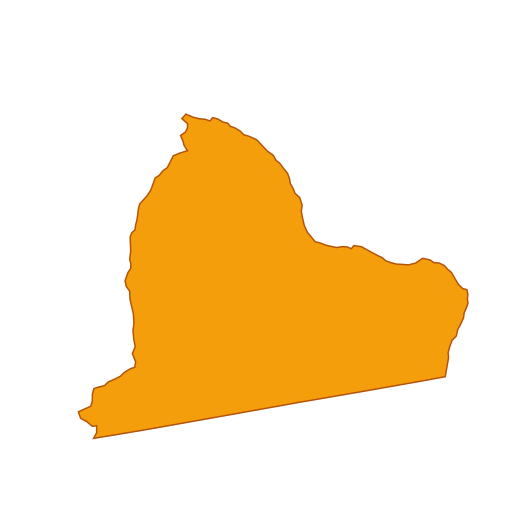 Cidade Ocidental, Goiás, Brazil (Mercator projection), rotated 170°
{"feature_id": "56859067B79829486223890", "entity_name": "Cidade Ocidental", "entity_type": "district", "adm_level": 2, "iso_a3": "BRA", "parent_name": "Brazil", "parent_adm1": "Goiás", "projection": "mercator", "projection_center": [-47.82, -16.154], "detail": "fine", "context": "isolated", "style": "filled", "palette": "amber", "viewbox_px": 512, "rotation_deg": 170, "n_neighbors": 0, "source": "geoboundaries", "source_scale": "gbopen_adm2", "svg_char_len": 1982}
<svg xmlns="http://www.w3.org/2000/svg" viewBox="0 0 512 512"><g transform="rotate(170 256 256)"><path d="M447.6,104.6L396.2,104.1L371.3,104.1L363.2,104.1L265.6,104.3L254.9,104.3L241.5,104.4L223.9,104.3L161.8,104.1L153.0,104.1L129.6,104.1L117.0,104.1L111.7,104.1L90.6,104.3L84.0,122.5L83.6,127.5L80.6,133.7L77.6,138.8L72.5,142.6L70.2,148.4L66.4,153.2L62.4,159.0L60.8,164.0L57.7,168.6L55.4,172.7L55.3,176.9L54.0,181.4L54.2,186.2L58.2,188.1L61.6,192.9L64.4,200.3L66.4,205.9L69.6,209.7L72.1,213.8L76.9,217.3L82.0,218.6L85.4,222.0L92.3,224.8L100.1,221.3L107.5,220.8L113.7,222.4L119.0,223.6L123.7,225.7L128.9,228.6L132.1,232.5L135.5,234.9L138.8,237.4L146.8,243.8L150.5,246.8L157.8,249.3L160.9,246.6L164.6,249.1L169.1,250.2L175.4,250.4L181.0,252.7L185.4,254.6L191.1,258.0L195.3,259.8L198.5,265.6L201.3,270.4L203.2,277.9L203.6,286.5L203.6,292.3L201.7,298.0L202.8,305.9L206.7,311.0L207.6,315.7L209.6,321.3L209.6,326.1L210.5,331.7L213.3,336.8L216.6,343.4L219.6,346.6L221.5,352.2L226.6,357.3L230.5,363.3L235.2,370.4L242.2,375.2L247.0,377.5L249.9,381.8L254.8,386.0L258.7,388.1L260.9,391.8L265.6,393.8L269.4,397.3L274.6,399.8L277.9,397.0L282.6,399.6L288.1,401.0L294.2,403.8L300.4,407.9L305.2,404.2L300.4,398.2L301.3,393.9L303.9,390.4L309.4,387.7L308.1,382.6L307.6,377.4L305.2,371.6L313.7,370.5L320.0,369.1L325.2,362.2L327.9,358.5L333.0,356.0L337.3,352.2L341.8,350.3L347.9,339.5L352.8,334.2L361.2,327.7L363.2,324.1L365.2,317.7L367.1,311.9L368.9,308.1L370.7,302.7L374.2,300.5L376.6,296.8L378.6,282.3L381.0,274.7L380.6,270.2L381.5,265.6L385.0,261.9L389.2,254.4L389.1,248.9L386.5,243.1L387.6,235.5L386.8,220.2L387.8,211.4L390.1,203.7L390.8,195.8L390.7,187.6L394.7,181.4L392.9,172.8L394.7,167.5L398.9,166.9L403.0,165.4L406.8,163.7L410.2,161.2L416.1,159.4L423.4,157.6L427.8,154.6L433.9,154.3L438.7,153.5L441.1,148.4L442.4,141.6L444.9,136.7L450.6,135.3L458.0,133.4L456.9,126.6L451.5,122.3L446.7,116.7L442.4,116.5L443.6,109.7L447.6,104.6Z" fill="#f59e0b" stroke="#b45309" stroke-width="1.5"/></g></svg>